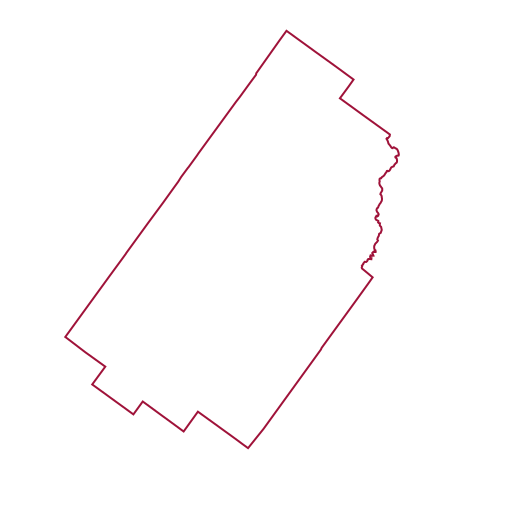 Teton, Wyoming, United States of America (Equal Earth projection), rotated 36°
{"feature_id": "52423323B3751484868396", "entity_name": "Teton", "entity_type": "district", "adm_level": 2, "iso_a3": "USA", "parent_name": "United States of America", "parent_adm1": "Wyoming", "projection": "equal_earth", "projection_center": [-110.362, 43.951], "detail": "fine", "context": "isolated", "style": "outline", "palette": "rose", "viewbox_px": 512, "rotation_deg": 36, "n_neighbors": 0, "source": "geoboundaries", "source_scale": "gbopen_adm2", "svg_char_len": 2814}
<svg xmlns="http://www.w3.org/2000/svg" viewBox="0 0 512 512"><g transform="rotate(36 256 256)"><path d="M149.3,381.4L149.3,433.6L174.5,434.2L199.1,434.1L199.0,456.2L249.9,456.2L249.9,440.3L300.6,440.5L300.5,416.1L343.3,416.0L355.6,416.1L362.5,416.1L363.7,391.6L363.5,293.5L363.1,291.7L363.1,239.3L363.1,235.5L363.0,210.3L362.9,204.7L349.1,203.8L348.3,203.2L347.9,201.8L347.4,201.6L347.4,200.8L347.6,199.7L347.2,199.1L347.3,198.1L347.3,196.8L348.6,196.1L348.9,195.0L348.9,194.0L348.5,193.5L348.6,192.4L349.6,191.7L351.2,190.8L350.7,189.9L349.7,190.4L348.7,189.5L348.3,188.1L349.3,187.6L349.6,187.8L350.8,186.7L349.4,185.8L348.3,185.3L348.5,183.5L349.3,183.3L350.4,182.5L350.0,181.8L349.2,181.2L348.7,181.5L347.0,180.2L345.8,178.5L345.3,176.0L345.7,173.2L345.6,171.8L344.3,171.2L343.7,169.4L343.5,167.6L342.6,165.6L343.3,164.0L342.4,161.0L340.1,158.9L338.3,158.6L337.4,157.4L337.1,156.7L335.8,157.2L335.0,157.0L334.9,156.4L334.3,155.7L331.9,156.1L330.7,155.6L330.0,154.7L329.9,153.6L330.5,153.6L330.6,153.8L330.6,153.4L330.3,153.0L330.2,152.8L330.4,152.8L330.4,152.7L330.6,152.5L330.7,152.3L330.9,152.4L331.0,152.3L331.1,152.0L331.1,151.8L331.2,152.1L331.2,151.6L331.0,151.4L330.9,151.3L331.0,151.2L330.9,150.7L330.7,150.1L329.6,149.5L328.0,149.1L326.7,148.3L326.1,147.3L325.9,146.1L326.3,145.1L325.8,143.6L325.7,142.6L325.5,141.2L325.6,140.0L325.4,138.6L325.3,137.5L324.8,136.4L324.1,135.4L323.0,134.4L322.5,133.7L321.3,133.1L320.3,132.9L319.9,131.9L319.9,131.1L319.7,129.9L319.7,129.0L318.9,127.8L318.3,127.1L317.1,126.8L316.4,126.5L315.8,126.3L314.8,126.1L314.1,125.5L313.4,125.1L312.7,124.2L312.2,122.9L311.5,122.3L310.7,121.1L310.9,120.0L311.5,119.6L311.5,118.2L312.2,116.2L312.3,114.8L312.1,113.1L312.2,112.0L312.1,111.1L311.9,110.3L312.2,109.9L312.6,109.8L313.0,109.8L313.5,109.3L313.7,108.7L313.8,108.0L313.7,107.2L313.4,105.5L313.4,104.8L313.9,103.6L314.7,102.6L314.6,101.9L314.3,100.6L314.5,99.8L314.5,98.9L314.9,97.9L314.7,96.9L313.8,95.6L312.7,94.6L311.8,94.1L311.2,94.4L310.7,94.2L310.4,93.7L310.5,93.4L310.7,92.8L311.0,92.2L311.3,91.7L311.7,91.6L312.3,91.0L312.1,90.2L310.9,88.9L309.3,87.7L307.7,86.8L306.5,86.6L305.8,86.9L304.5,86.9L303.6,87.0L303.2,87.8L303.2,88.4L303.0,88.5L302.7,88.7L302.3,88.6L301.6,88.6L300.4,88.1L298.8,87.6L297.1,87.2L295.9,86.2L294.9,85.5L293.9,85.0L292.7,84.5L292.7,83.5L293.5,83.1L293.7,80.5L292.9,79.0L259.9,79.1L231.2,79.1L231.3,64.7L231.2,55.9L207.4,55.8L183.9,55.9L166.8,55.9L160.0,55.9L148.3,55.9L148.3,67.4L148.8,108.1L149.5,109.3L149.4,119.4L149.4,120.0L149.4,136.9L149.2,142.9L149.1,206.7L149.2,209.5L149.2,224.0L149.1,224.6L149.0,236.0L149.4,241.6L149.4,246.2L149.4,248.6L149.5,267.2L149.3,293.1L149.3,318.0L149.3,319.4L149.3,329.0L149.3,329.6L149.3,329.8L149.4,330.9L149.4,337.1L149.3,358.4L149.3,381.4Z" fill="none" stroke="#9f1239" stroke-width="2"/></g></svg>